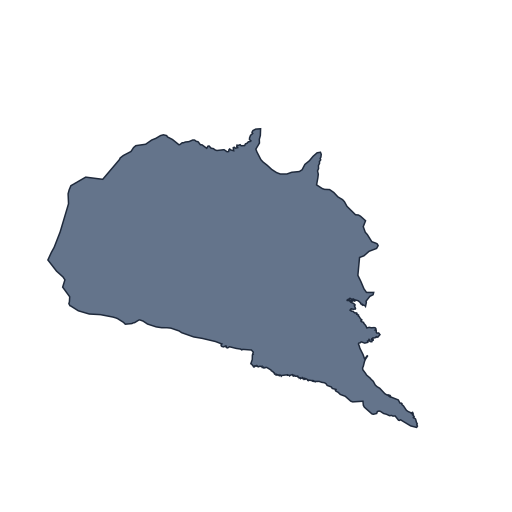 Rutshuru, Nord-Kivu, Democratic Republic of the Congo (Natural Earth projection), rotated 105°
{"feature_id": "63176286B25642850349509", "entity_name": "Rutshuru", "entity_type": "district", "adm_level": 2, "iso_a3": "COD", "parent_name": "Democratic Republic of the Congo", "parent_adm1": "Nord-Kivu", "projection": "natural_earth1", "projection_center": [29.515, -0.961], "detail": "fine", "context": "isolated", "style": "filled", "palette": "slate", "viewbox_px": 512, "rotation_deg": 105, "n_neighbors": 0, "source": "geoboundaries", "source_scale": "gbopen_adm2", "svg_char_len": 6106}
<svg xmlns="http://www.w3.org/2000/svg" viewBox="0 0 512 512"><g transform="rotate(105 256 256)"><path d="M172.8,202.1L173.9,207.1L173.7,209.5L171.6,215.9L164.4,216.5L160.9,217.0L157.9,218.6L155.4,218.2L152.5,219.1L150.0,218.6L148.4,219.2L146.4,218.4L145.1,219.3L143.7,218.9L140.9,219.3L139.1,220.6L140.5,223.7L145.0,226.7L150.2,229.1L154.9,232.5L160.8,233.8L163.2,236.0L165.9,243.2L168.8,247.4L170.5,253.8L170.1,257.8L168.3,263.3L165.5,268.6L163.4,273.5L161.7,276.2L155.2,282.1L152.8,283.8L146.0,281.9L142.4,283.0L138.4,283.0L131.9,284.5L133.5,289.1L135.6,291.4L137.6,291.9L138.5,290.9L140.8,292.5L143.5,292.8L145.1,292.5L146.1,290.7L147.0,291.4L147.7,293.0L149.5,293.9L150.4,295.2L152.3,295.6L153.4,298.9L152.6,300.1L153.9,302.0L153.8,303.0L155.1,303.0L156.1,301.8L157.2,303.8L156.6,305.2L157.3,306.0L160.1,304.8L160.1,308.0L159.4,309.1L160.2,309.6L162.2,309.5L162.8,310.9L161.6,314.4L164.2,321.0L164.2,322.7L163.3,325.0L163.5,327.2L161.9,329.8L162.3,330.8L164.7,331.5L162.6,336.9L162.9,338.5L160.6,341.6L160.7,343.5L159.9,345.3L160.3,347.1L162.9,350.4L164.2,353.8L165.4,355.3L165.7,356.6L168.0,358.3L168.5,359.2L165.1,366.8L163.9,372.3L162.8,373.5L162.9,376.8L164.4,379.4L168.3,383.2L170.9,386.7L176.6,391.5L180.5,400.6L182.9,402.3L187.4,403.8L193.3,410.2L196.5,412.6L198.1,412.8L221.6,423.9L223.9,440.9L236.0,453.0L240.5,453.6L244.5,453.6L254.1,450.6L283.4,451.4L299.9,453.2L305.5,454.6L313.7,456.0L322.3,444.7L326.2,437.0L328.5,434.4L336.1,434.7L343.6,425.4L348.4,424.4L350.5,424.4L352.2,422.8L352.2,422.1L354.9,413.5L355.2,402.1L352.9,391.1L352.0,378.4L352.1,375.1L352.3,373.5L354.4,366.8L355.7,364.6L353.4,358.4L352.3,357.2L351.8,356.0L348.3,352.7L347.8,351.8L348.1,348.2L349.8,343.2L350.3,334.1L349.7,328.7L348.3,323.3L347.7,319.6L348.3,310.8L349.3,308.0L350.3,295.2L349.5,286.8L349.1,273.1L349.8,266.2L351.0,266.7L351.8,266.3L352.2,265.6L352.2,263.8L350.8,262.1L350.8,261.3L351.9,261.2L352.2,260.1L352.0,259.5L350.5,258.1L350.4,251.1L349.9,246.9L350.4,245.4L349.9,245.2L349.5,244.0L348.0,236.1L349.6,233.7L351.4,233.8L351.7,233.3L352.5,233.9L357.0,232.8L361.4,233.1L361.6,232.3L363.1,230.2L363.6,229.8L363.8,229.2L363.1,228.6L362.6,228.9L362.3,228.6L362.5,228.1L362.2,227.9L362.3,227.1L361.6,226.8L362.4,225.7L362.2,225.4L362.4,224.9L361.6,223.9L361.4,223.2L361.7,222.7L361.4,222.9L361.3,222.0L361.0,221.7L362.1,221.2L362.0,220.5L361.5,219.9L362.1,219.6L361.8,218.5L361.0,217.6L360.9,216.7L362.2,212.1L362.9,211.5L363.3,209.8L363.7,209.4L364.2,208.0L364.9,207.9L365.3,207.3L364.9,206.0L365.4,205.4L365.7,205.5L365.4,204.2L365.1,204.3L365.1,203.2L365.6,202.7L365.6,202.3L365.2,201.8L364.9,201.8L365.2,201.4L365.2,201.0L364.9,201.2L364.8,200.4L365.1,200.3L364.7,200.1L362.6,195.0L363.1,194.8L362.6,193.5L363.1,192.5L362.6,192.4L361.1,190.2L361.3,189.4L361.8,189.2L361.9,189.5L362.4,188.9L361.9,187.9L361.7,188.0L361.7,188.5L361.5,188.3L361.4,187.7L361.8,187.5L361.9,186.6L361.3,184.9L361.6,184.9L361.6,184.3L362.1,184.1L362.3,182.8L362.7,182.6L362.3,182.3L362.2,181.5L362.7,181.2L362.1,180.9L362.2,180.1L361.8,179.3L362.3,178.8L362.1,178.8L362.2,178.4L361.8,178.7L362.3,177.2L361.6,177.1L361.9,176.5L361.7,176.5L361.7,175.3L362.1,174.4L362.6,174.0L362.3,173.3L362.8,173.1L362.1,172.2L361.9,169.9L362.1,169.5L361.7,169.4L361.6,168.7L362.1,168.9L362.2,168.6L362.2,167.2L361.8,166.8L362.1,166.2L361.8,166.1L360.8,162.6L361.0,159.7L360.7,157.0L361.3,155.2L362.6,153.8L363.0,149.3L364.2,148.1L364.2,144.2L365.3,144.5L365.8,143.9L366.4,141.4L367.9,138.8L368.4,133.5L371.7,126.9L371.9,124.9L368.6,115.1L372.4,113.7L374.0,112.2L378.5,103.2L378.5,101.7L376.9,98.7L374.8,98.5L373.9,97.0L373.9,95.5L375.1,92.0L375.1,89.0L375.7,85.7L374.9,83.8L375.2,82.3L374.5,80.2L377.7,75.9L377.7,74.9L376.8,74.0L380.1,62.6L380.0,56.5L378.5,56.0L377.5,57.0L376.4,56.8L375.1,58.0L372.3,59.6L371.9,60.2L371.4,62.2L371.0,62.2L370.8,61.7L370.3,61.6L369.7,62.4L369.0,62.7L369.0,63.4L368.4,63.3L368.0,63.9L367.4,63.5L366.5,64.3L367.3,65.3L367.8,65.0L367.2,66.5L366.8,69.0L366.1,70.8L362.6,74.8L361.7,76.7L360.8,76.8L360.5,77.6L360.8,78.5L360.7,79.0L358.2,81.3L357.4,88.2L357.5,89.9L356.5,92.3L356.1,91.7L356.3,90.1L356.0,90.4L355.9,92.3L356.3,93.8L355.6,96.0L351.7,102.3L350.9,105.3L349.7,107.5L346.7,110.3L345.2,113.1L344.5,113.9L342.4,118.4L341.2,119.6L338.2,123.4L336.5,124.1L334.8,123.8L329.9,123.9L327.5,123.6L323.8,122.4L323.6,122.7L323.9,123.0L326.7,124.0L327.1,124.6L323.5,127.1L318.1,131.9L316.3,132.9L314.6,134.2L313.9,134.3L313.4,134.0L312.8,132.8L312.1,132.5L311.7,132.0L312.0,128.4L310.6,125.9L310.0,125.5L309.3,126.2L308.9,125.6L307.3,125.2L307.6,124.7L309.0,123.9L309.1,122.8L308.8,121.9L307.7,121.9L307.0,121.0L306.6,121.1L306.2,121.4L306.6,122.0L306.7,122.8L306.1,122.8L304.8,121.8L304.3,119.9L302.8,118.9L303.2,118.2L302.8,117.8L302.8,117.3L299.9,115.9L298.6,117.6L299.1,119.0L299.1,119.5L298.5,120.1L296.5,120.7L296.6,121.7L295.8,121.3L295.0,121.5L294.5,122.4L294.6,123.5L295.5,126.0L295.6,128.2L296.8,130.3L294.7,132.1L293.1,134.5L292.3,134.9L292.1,137.0L291.8,137.7L291.4,137.9L290.6,137.2L290.2,137.3L289.7,138.7L288.0,140.5L287.4,141.7L286.6,141.6L286.2,142.7L286.3,143.6L285.2,143.7L285.0,144.6L285.4,145.7L284.7,147.5L284.3,147.9L284.6,149.3L284.1,151.1L283.7,151.1L283.3,150.4L282.6,150.6L282.3,150.3L282.3,148.4L281.5,146.3L280.9,146.3L278.6,148.1L277.9,147.6L277.5,147.7L276.6,149.4L276.1,152.6L275.2,153.9L275.0,155.3L275.4,156.3L275.1,156.6L273.9,155.7L274.0,154.7L273.0,154.7L272.5,154.3L273.1,152.2L273.5,152.2L273.8,152.9L274.3,153.2L275.1,151.7L274.9,151.4L274.3,151.7L274.0,151.5L274.0,148.9L273.5,148.8L273.6,150.1L273.1,150.6L272.7,151.6L272.3,150.9L272.7,149.6L272.8,145.7L274.2,142.8L275.0,142.6L275.2,141.7L275.8,140.6L275.2,140.5L275.6,139.6L275.8,137.8L276.3,137.2L272.3,137.4L271.2,138.0L265.5,135.6L263.1,132.9L260.7,132.9L262.6,139.8L259.8,143.2L253.5,148.1L248.3,152.6L230.6,155.6L227.9,151.8L222.2,148.0L217.5,141.5L214.4,140.7L213.0,141.9L212.6,143.4L212.2,147.9L206.5,154.0L204.8,156.6L199.9,160.0L193.6,159.3L190.5,165.4L189.9,167.7L190.4,170.6L184.5,181.0L180.7,184.6L179.2,186.9L177.7,192.2L174.5,197.3L172.8,202.1Z" fill="#64748b" stroke="#1e293b" stroke-width="1.5"/></g></svg>